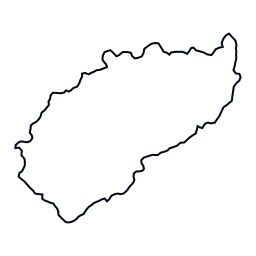 outline of Pescador, Minas Gerais, Brazil
{"feature_id": "56859067B18566313031573", "entity_name": "Pescador", "entity_type": "district", "adm_level": 2, "iso_a3": "BRA", "parent_name": "Brazil", "parent_adm1": "Minas Gerais", "projection": "natural_earth1", "projection_center": [-41.56, -18.337], "detail": "fine", "context": "isolated", "style": "outline", "palette": "ink", "viewbox_px": 256, "rotation_deg": 0, "n_neighbors": 0, "source": "geoboundaries", "source_scale": "gbopen_adm2", "svg_char_len": 2549}
<svg xmlns="http://www.w3.org/2000/svg" viewBox="0 0 256 256"><path d="M15.4,148.0L19.2,147.7L21.9,150.8L21.4,155.3L23.3,157.3L24.8,159.7L24.8,162.5L24.8,165.6L23.2,169.0L21.9,171.4L19.4,172.9L18.6,176.7L21.3,179.0L24.4,181.4L26.3,183.6L28.4,186.0L31.0,188.7L33.2,190.7L35.0,193.5L38.4,194.1L42.4,194.5L42.2,198.7L44.6,200.4L47.7,201.6L50.2,202.7L53.4,203.6L55.1,206.2L57.1,208.4L58.2,211.2L58.5,214.9L60.3,216.8L62.5,219.0L65.9,222.2L69.5,222.4L72.2,221.6L74.4,220.5L76.7,218.8L78.4,216.7L80.7,215.3L83.6,214.1L86.0,210.1L88.6,207.0L91.4,205.2L93.3,203.4L96.2,202.0L99.0,200.9L101.8,199.4L104.7,198.5L107.0,201.3L109.2,199.4L111.4,195.8L114.6,194.2L117.8,193.5L120.5,194.2L123.8,193.4L127.3,190.1L129.1,187.3L130.9,185.2L132.8,183.4L134.4,180.0L133.5,176.4L133.9,173.3L136.2,171.5L138.9,171.4L142.1,170.9L143.9,169.0L143.4,166.0L141.6,163.4L141.2,160.3L143.7,157.7L146.9,156.5L149.9,155.6L152.7,154.8L155.2,155.0L157.7,155.1L160.7,152.7L165.0,151.5L167.5,150.5L169.7,148.2L172.8,147.3L177.0,145.7L180.5,142.8L184.4,142.4L186.7,140.2L189.5,137.6L192.7,135.3L195.6,133.6L196.9,129.6L197.6,126.1L199.8,127.3L202.3,128.1L203.7,125.8L205.2,123.6L208.1,122.6L210.8,123.4L214.9,122.6L216.9,119.5L219.3,116.2L221.4,111.6L223.5,107.3L226.8,105.0L229.6,102.6L231.8,100.9L232.2,97.3L233.0,91.8L233.8,86.7L236.6,82.9L239.3,80.6L240.6,77.1L239.4,73.9L235.8,73.4L233.5,70.3L234.6,66.3L235.3,62.5L236.3,58.5L236.1,54.8L236.3,51.2L235.9,48.4L236.5,45.3L235.4,40.5L231.9,36.8L229.0,33.6L225.7,35.6L223.2,39.0L221.7,43.0L222.7,47.0L219.4,47.6L215.6,49.3L213.5,52.5L211.5,55.0L207.5,54.5L203.4,52.4L200.0,51.4L196.1,50.4L193.5,47.6L191.1,48.1L188.9,51.7L187.1,53.9L184.9,52.7L182.3,51.8L178.4,51.8L174.6,51.9L171.2,52.5L169.3,54.7L167.1,52.8L163.8,51.9L161.3,47.8L158.4,43.3L154.1,43.1L151.4,43.9L149.3,45.1L147.3,46.6L144.3,48.8L143.5,53.2L141.7,56.4L138.2,57.8L134.8,58.4L132.0,55.9L130.9,52.8L127.8,52.1L122.7,52.0L119.2,55.0L116.5,56.3L114.5,54.2L112.7,52.3L110.4,50.2L107.6,51.0L104.6,52.1L102.8,55.6L102.5,59.6L104.1,62.1L106.2,64.4L107.0,67.1L102.9,68.7L99.7,69.9L96.6,70.2L93.8,71.8L91.1,72.9L88.5,74.3L85.2,73.0L82.1,73.6L82.1,76.5L80.4,80.0L79.3,83.2L77.3,86.5L73.4,88.0L71.0,90.3L68.8,91.6L66.1,90.3L64.3,92.4L61.4,93.2L58.8,93.2L56.4,92.9L52.8,92.8L50.6,95.4L50.1,98.9L48.5,101.5L48.9,105.0L46.8,107.5L44.8,110.1L41.6,112.7L40.4,116.9L38.5,119.6L36.2,121.9L33.5,123.2L30.9,125.3L30.5,129.0L29.8,132.7L31.8,135.3L32.4,138.2L30.0,141.3L26.8,142.3L23.6,141.7L20.9,141.4L18.5,142.4L15.7,145.0L15.4,148.0Z" fill="none" stroke="#020617" stroke-width="2"/></svg>